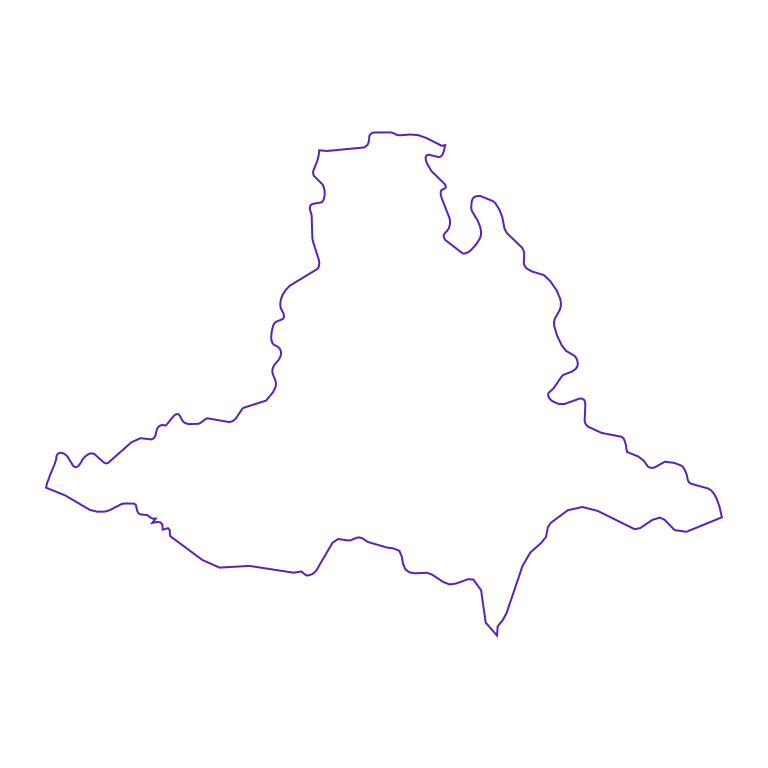 an SVG outline of Jihomoravský
{"feature_id": "CZE-10370", "entity_name": "Jihomoravský", "entity_type": "Region", "adm_level": 1, "iso_a3": "CZE", "parent_name": "Czechia", "parent_adm1": "", "projection": "orthographic", "projection_center": [16.577, 49.119], "detail": "fine", "context": "isolated", "style": "outline", "palette": "violet", "viewbox_px": 768, "rotation_deg": 0, "n_neighbors": 0, "source": "natural_earth", "source_scale": "10m", "svg_char_len": 4287}
<svg xmlns="http://www.w3.org/2000/svg" viewBox="0 0 768 768"><path d="M97.1,511.7L89.9,509.9L65.1,495.4L46.1,487.7L47.0,483.0L48.3,480.1L49.6,476.2L54.7,463.9L56.3,458.8L56.3,456.8L57.2,454.5L58.7,453.2L60.6,452.7L62.8,453.1L65.1,454.4L67.4,456.5L73.4,466.2L75.2,467.2L77.1,466.9L78.8,465.5L81.4,461.7L82.4,459.6L84.7,456.9L88.1,454.3L90.1,453.5L92.3,453.4L94.5,454.2L104.1,462.7L105.9,463.4L107.9,463.1L131.4,442.3L140.4,438.2L151.5,439.4L153.6,438.4L155.2,436.3L156.9,429.4L158.2,427.1L159.8,425.8L161.4,425.1L164.5,425.2L165.8,425.6L174.2,415.4L176.5,414.1L178.7,414.3L180.3,416.6L181.7,419.5L183.2,421.6L184.9,423.0L188.7,424.1L198.3,423.8L200.3,423.0L206.0,418.7L207.5,418.3L229.5,422.1L232.9,421.0L235.6,418.8L242.2,409.0L243.5,407.8L266.1,400.6L273.1,392.1L275.4,387.3L275.9,384.9L275.9,382.7L275.4,380.5L272.8,374.2L272.4,372.0L272.4,369.7L273.1,367.4L274.4,364.8L278.9,359.5L280.3,356.8L281.0,354.2L281.0,351.9L280.4,349.8L279.2,348.0L277.6,346.6L273.6,344.6L272.3,342.8L271.5,340.4L271.2,337.6L271.7,331.5L273.2,325.5L274.4,323.2L275.9,321.8L282.7,319.1L283.6,318.0L284.0,316.4L283.8,314.5L283.3,313.1L281.1,308.9L280.5,307.1L280.3,304.7L280.5,301.7L281.2,298.4L282.4,295.2L285.8,289.8L289.8,285.7L317.6,268.8L318.9,266.4L319.3,263.5L318.9,260.1L312.9,241.3L312.3,237.8L311.7,215.5L309.8,208.9L310.0,206.7L310.8,205.0L312.3,204.0L321.8,202.3L323.1,200.7L324.0,198.5L324.5,195.7L324.7,192.7L324.4,189.7L323.7,186.9L322.6,184.5L313.9,175.8L313.1,173.6L313.2,171.1L317.1,161.4L318.6,155.7L319.3,150.3L327.0,151.0L364.5,147.4L367.3,145.1L368.4,143.1L369.0,139.9L369.4,135.8L371.0,133.6L373.7,132.5L390.6,132.4L393.0,133.0L397.0,134.9L399.9,135.3L410.5,134.5L418.4,135.2L425.9,137.8L441.8,145.8L445.2,145.1L443.9,151.0L442.5,154.7L440.7,156.6L438.8,157.1L428.7,154.7L426.5,155.4L425.6,157.4L425.9,160.2L427.1,163.7L431.4,171.0L445.0,184.4L445.7,186.0L445.8,187.3L444.9,188.4L441.4,190.1L440.7,192.1L440.8,194.9L441.7,198.2L449.6,218.3L450.0,221.1L450.0,223.8L449.5,226.3L448.6,228.7L447.1,230.9L445.0,233.0L443.6,235.2L443.9,237.6L445.4,240.1L462.8,253.5L465.5,253.4L468.3,252.1L471.1,250.0L476.2,244.3L479.9,238.4L480.8,235.7L481.1,232.7L480.7,229.5L480.0,226.4L477.7,220.6L471.9,211.0L471.4,209.3L471.2,207.2L471.7,201.3L472.9,198.4L474.9,196.7L477.6,196.0L480.7,196.1L493.1,201.2L495.4,203.3L499.3,209.4L502.2,216.8L504.4,228.2L505.5,230.7L507.1,233.3L522.0,247.6L523.0,249.4L523.8,251.5L524.2,253.9L523.8,263.5L524.8,266.2L526.6,268.4L532.0,271.5L543.9,275.1L550.4,281.3L556.5,290.2L560.3,299.0L560.9,302.6L560.8,305.4L560.5,307.7L560.2,308.5L559.9,309.6L554.7,319.1L554.0,322.3L554.3,326.4L557.2,335.9L561.6,345.0L565.8,350.7L574.2,355.6L575.5,357.0L576.7,358.9L577.5,361.6L577.8,364.4L577.1,366.8L575.8,368.8L571.9,371.6L563.2,374.9L561.7,376.5L553.5,388.4L548.6,392.8L548.1,395.1L548.8,397.4L550.5,399.6L552.9,401.5L558.8,404.0L564.4,404.0L579.9,398.5L582.3,398.7L584.2,399.9L585.1,402.3L585.3,405.6L584.6,420.8L585.3,423.4L586.6,425.3L588.3,426.8L601.6,432.9L621.4,436.8L623.0,437.8L624.2,439.7L625.9,444.8L627.0,451.9L638.4,456.6L644.2,461.2L647.7,466.4L649.8,467.6L652.2,467.9L654.7,467.4L664.9,461.7L674.3,462.9L681.7,465.8L683.0,467.0L685.1,470.5L686.8,475.0L687.8,480.0L688.8,482.2L690.9,483.7L708.4,488.6L711.5,490.7L714.0,493.8L716.2,497.7L719.4,506.3L721.9,517.3L686.4,531.8L674.6,530.1L664.6,519.8L659.9,517.6L652.3,519.9L646.4,523.9L640.2,528.1L634.6,529.2L597.7,510.9L582.3,507.0L567.9,510.2L550.7,522.9L547.8,527.5L546.0,536.8L541.4,542.7L530.4,552.4L522.5,566.0L506.5,613.2L502.8,620.0L497.7,626.3L497.0,635.6L485.7,622.6L481.1,590.3L473.4,579.6L468.1,579.2L455.8,583.6L449.6,584.4L443.6,582.2L431.9,574.5L427.0,572.8L414.7,573.3L409.6,572.4L405.4,569.4L403.0,563.7L401.8,556.6L399.3,550.8L393.1,548.3L387.2,547.6L367.9,542.0L362.4,538.4L359.5,537.4L356.5,537.8L350.7,540.3L347.4,540.4L338.1,539.0L332.5,542.8L316.1,570.8L312.5,574.1L307.4,575.6L305.6,575.0L301.4,571.5L294.7,572.5L294.3,572.8L249.3,565.9L219.5,567.6L202.4,560.0L170.2,536.1L169.8,533.7L169.8,530.3L168.1,528.2L162.7,529.6L162.4,524.4L160.0,522.2L156.4,522.0L152.3,522.9L155.6,518.6L152.9,518.7L150.6,517.6L147.1,515.0L140.9,514.5L138.7,513.5L137.2,511.0L135.9,505.0L134.1,503.6L124.2,503.5L121.4,504.1L109.9,510.1L104.5,511.7L97.1,511.7Z" fill="none" stroke="#5b21b6" stroke-width="2"/></svg>